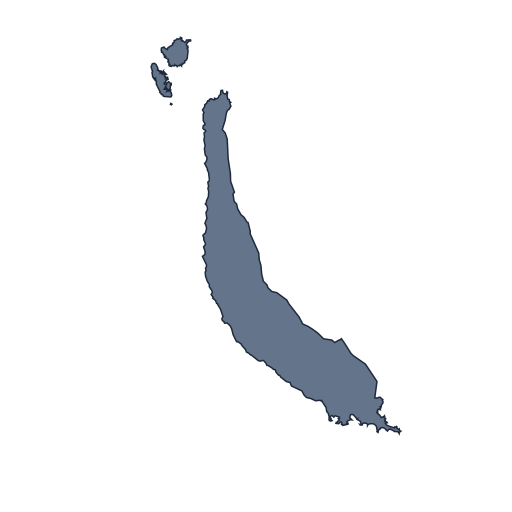 outline of Davao Occidental, Davao del Sur, Philippines, rotated 148°
{"feature_id": "2640588B86868332888935", "entity_name": "Davao Occidental", "entity_type": "district", "adm_level": 2, "iso_a3": "PHL", "parent_name": "Philippines", "parent_adm1": "Davao del Sur", "projection": "robinson", "projection_center": [125.486, 5.999], "detail": "fine", "context": "isolated", "style": "filled", "palette": "slate", "viewbox_px": 512, "rotation_deg": 148, "n_neighbors": 0, "source": "geoboundaries", "source_scale": "gbopen_adm2", "svg_char_len": 6012}
<svg xmlns="http://www.w3.org/2000/svg" viewBox="0 0 512 512"><g transform="rotate(148 256 256)"><path d="M230.4,72.8L219.9,85.5L220.5,106.3L226.4,120.1L227.1,123.4L227.1,135.5L227.5,141.5L227.5,139.9L229.9,140.7L235.1,140.9L236.3,144.6L242.6,150.0L244.3,157.4L246.8,163.8L249.2,168.8L252.4,173.6L251.8,181.3L253.5,198.1L253.2,202.3L257.8,213.9L261.4,217.5L262.7,222.6L262.0,225.8L263.1,230.6L260.8,237.6L256.8,245.5L255.3,250.9L252.1,257.2L249.2,277.8L247.7,280.2L245.0,288.6L245.7,289.6L245.6,294.9L246.9,299.2L246.5,305.9L244.9,310.4L245.6,313.8L242.8,320.6L240.5,321.5L237.9,332.9L234.0,339.5L228.0,353.4L218.5,370.3L216.9,376.7L217.6,381.1L210.4,387.3L205.6,392.7L202.8,394.7L201.2,394.6L197.9,396.3L197.2,399.6L196.0,399.7L196.6,401.0L195.8,402.9L196.8,403.9L195.5,407.7L195.1,407.7L195.1,408.9L194.2,408.8L193.3,409.9L193.7,410.7L194.5,409.6L196.7,410.0L197.5,411.9L196.6,414.3L198.0,414.9L199.9,412.8L200.1,411.8L202.2,411.6L204.2,410.2L206.4,410.3L207.5,411.7L208.1,410.5L208.8,410.5L210.7,413.2L211.2,412.9L211.8,413.5L213.5,413.0L213.6,412.4L214.9,413.2L216.9,411.7L219.4,411.4L220.1,410.0L223.9,408.3L224.2,405.0L225.5,404.4L229.0,398.8L229.3,394.7L229.8,394.3L231.5,394.6L233.4,392.4L233.0,390.5L232.3,390.0L232.6,388.3L234.8,387.9L236.5,384.4L238.7,382.0L240.7,376.5L243.0,374.2L245.5,368.6L245.3,366.1L245.9,364.5L248.3,362.4L250.5,361.8L251.0,355.5L251.7,354.9L251.9,352.2L255.0,345.6L255.9,344.5L257.7,344.2L259.3,340.2L260.9,338.9L262.0,335.7L264.9,331.6L268.8,329.0L270.4,327.1L271.4,327.0L271.1,324.4L271.8,322.3L272.8,320.9L275.4,319.4L277.7,314.0L282.0,310.8L282.3,308.0L283.4,305.5L286.5,302.4L289.6,301.9L290.3,301.2L290.5,299.3L291.7,297.4L292.2,293.5L293.3,292.3L295.7,291.5L296.6,287.4L297.9,285.1L298.5,284.4L301.6,284.1L302.7,274.7L303.3,273.6L305.3,272.3L306.2,270.0L307.6,269.3L309.5,265.6L310.7,260.4L310.7,256.5L311.9,254.7L311.8,249.6L312.4,248.2L314.5,247.1L314.2,243.8L315.1,243.2L313.9,239.8L314.5,236.7L313.8,235.8L314.2,235.1L314.3,229.5L316.1,222.2L318.3,220.8L318.7,219.0L318.0,217.2L318.3,215.7L316.0,214.5L314.9,210.5L315.3,207.0L317.1,201.3L317.8,194.6L317.7,193.3L316.9,193.1L315.3,189.5L315.3,186.9L314.5,182.4L315.0,179.5L313.5,177.2L313.2,175.3L312.5,174.5L309.5,166.0L307.8,164.4L305.6,163.9L304.9,162.9L304.4,160.3L304.7,157.4L303.7,156.6L301.8,152.6L301.3,150.6L299.9,149.3L300.6,146.7L300.0,143.0L299.1,142.0L299.2,140.1L296.8,133.4L294.2,130.6L294.8,126.9L288.6,117.3L288.9,112.4L288.2,109.3L285.0,106.0L282.2,101.7L278.2,99.7L277.4,98.3L277.1,98.5L277.5,99.0L277.0,98.9L276.9,90.4L278.5,86.5L278.1,84.3L279.1,81.0L281.0,78.2L280.5,76.6L278.7,76.1L279.1,78.0L278.4,78.5L278.8,79.8L278.0,80.7L276.0,80.4L275.4,78.1L273.6,78.7L270.7,75.2L271.7,74.7L271.6,74.1L272.4,74.3L272.3,73.1L273.0,72.2L274.1,72.6L275.2,71.9L276.1,72.4L276.9,71.7L274.8,70.0L271.8,70.3L271.6,68.8L272.8,67.8L271.9,67.1L272.1,66.3L267.1,64.6L266.8,64.9L267.6,66.0L266.9,66.1L267.2,66.5L266.1,67.6L262.6,67.1L261.5,66.2L262.2,69.2L260.2,71.2L258.6,70.9L257.6,69.6L256.8,65.9L257.0,64.3L256.4,64.2L256.9,63.9L255.2,60.7L255.5,58.4L256.9,57.7L257.2,58.1L257.2,57.5L255.4,56.4L254.2,57.4L252.6,57.0L251.0,55.5L250.6,54.2L251.2,53.2L250.3,53.7L248.3,53.4L245.6,51.7L244.7,50.3L244.1,47.9L245.9,43.4L246.5,43.0L246.0,41.7L243.9,43.7L242.2,43.5L241.8,44.2L239.4,43.4L238.0,41.3L237.9,39.6L237.2,37.8L235.6,38.7L233.9,38.0L231.7,34.5L231.8,34.0L228.6,31.6L228.7,29.5L227.8,30.5L226.0,30.7L226.7,31.8L226.1,33.6L227.1,33.6L227.7,34.4L227.6,35.7L227.0,36.2L227.3,37.1L228.5,36.8L228.8,37.5L229.7,36.9L233.5,41.3L235.0,43.8L235.0,45.6L233.0,45.0L233.1,46.0L234.3,47.5L233.6,47.8L233.5,49.0L232.3,49.2L232.7,50.7L232.0,51.4L232.3,51.9L232.0,52.3L232.8,52.1L233.4,51.0L233.2,52.2L235.3,52.6L235.5,55.9L236.2,57.3L235.8,58.1L236.4,58.4L236.4,59.6L235.1,59.7L234.7,61.0L233.9,61.2L232.8,60.4L232.6,60.8L232.0,59.9L231.8,60.6L230.5,61.0L230.7,62.4L229.6,62.0L228.4,63.3L226.4,64.0L225.4,65.3L225.4,66.6L224.6,66.9L225.6,70.4L226.8,71.1L228.2,71.1L230.4,72.8ZM218.5,456.7L218.0,457.6L216.8,457.3L216.6,458.3L214.1,457.6L213.1,459.2L212.0,458.9L209.8,459.8L204.6,466.4L204.4,468.4L203.9,468.2L203.1,468.9L203.4,469.3L202.6,470.1L203.5,471.0L202.7,472.6L199.7,473.7L197.3,473.1L197.0,474.0L200.5,476.0L202.3,474.7L203.2,474.9L204.1,477.6L205.0,477.8L203.4,480.3L204.2,481.4L204.8,480.1L204.9,480.8L207.1,481.1L207.7,482.0L210.1,481.6L211.2,482.1L212.3,480.5L214.0,480.6L214.7,479.3L220.3,479.3L221.8,478.1L223.2,480.6L223.2,481.9L225.9,482.5L227.0,481.3L228.1,478.9L227.4,478.4L227.6,475.4L227.0,475.0L227.8,474.1L227.1,473.4L227.8,473.0L227.1,472.8L227.8,472.2L226.1,469.1L227.4,467.9L227.0,467.4L227.8,467.0L227.6,464.3L228.6,464.3L228.8,463.2L228.2,462.4L227.4,462.5L227.3,461.7L225.5,461.6L224.7,460.5L223.6,461.1L223.7,460.5L222.5,459.7L222.5,458.4L221.5,458.8L220.1,457.9L218.9,458.4L218.5,456.7ZM243.9,436.0L242.5,436.6L241.4,439.2L241.4,440.7L240.8,441.5L241.5,441.4L241.3,442.2L242.7,442.8L243.6,441.7L243.2,442.8L243.7,443.2L243.8,443.0L244.0,443.0L243.3,443.4L243.1,444.5L245.5,446.1L244.7,446.4L245.0,446.9L244.4,446.4L242.9,447.6L242.6,446.9L243.1,445.7L242.1,443.4L242.7,443.5L240.5,442.9L237.8,446.5L237.2,446.0L236.4,447.2L237.0,447.4L237.7,450.1L240.5,449.8L241.2,448.6L242.7,450.7L241.9,451.5L240.6,451.1L239.4,452.6L236.9,452.4L236.6,453.4L237.5,453.8L236.6,453.9L236.3,454.5L238.4,455.3L237.7,455.9L238.3,457.4L237.5,458.0L235.7,457.5L236.2,459.5L239.8,459.7L238.6,460.2L239.6,461.3L239.2,461.6L237.4,460.1L236.5,460.1L236.4,460.8L237.7,461.0L236.8,461.9L238.2,461.5L238.3,462.2L239.7,462.1L238.9,462.8L239.9,463.0L240.0,463.4L239.7,463.2L238.9,463.5L240.3,464.7L240.2,465.2L239.7,465.0L241.1,465.8L239.7,467.2L239.3,471.4L240.0,473.2L242.0,474.0L244.7,472.0L246.1,467.1L246.9,466.8L248.7,462.6L248.5,459.3L247.6,460.6L246.9,460.1L247.7,459.1L248.0,456.8L249.5,454.6L250.3,446.2L250.9,445.8L250.4,444.3L250.6,443.0L249.5,442.4L249.9,440.8L249.4,440.0L243.9,436.0ZM247.6,429.0L246.8,429.3L247.3,430.6L248.2,430.0L247.6,429.0Z" fill="#64748b" stroke="#1e293b" stroke-width="1.5"/></g></svg>